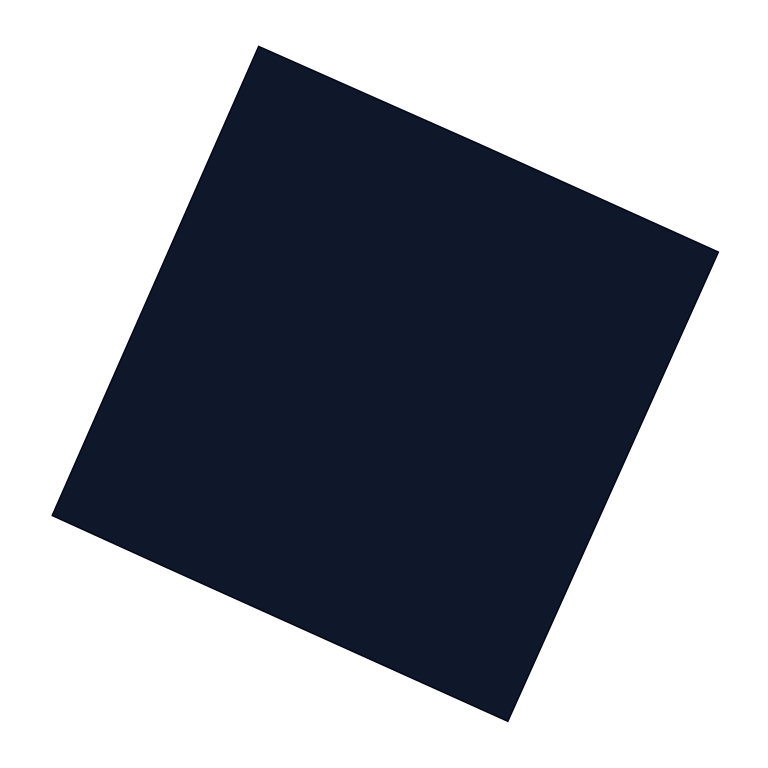 Osceola, Michigan, United States of America, rotated 24°
{"feature_id": "52423323B21410531256975", "entity_name": "Osceola", "entity_type": "district", "adm_level": 2, "iso_a3": "USA", "parent_name": "United States of America", "parent_adm1": "Michigan", "projection": "mercator", "projection_center": [-85.386, 43.989], "detail": "fine", "context": "isolated", "style": "filled", "palette": "ink", "viewbox_px": 768, "rotation_deg": 24, "n_neighbors": 0, "source": "geoboundaries", "source_scale": "gbopen_adm2", "svg_char_len": 266}
<svg xmlns="http://www.w3.org/2000/svg" viewBox="0 0 768 768"><g transform="rotate(24 384 384)"><path d="M132.2,126.6L134.4,639.1L260.3,640.1L634.3,641.8L635.8,127.5L374.7,126.2L259.0,126.4L132.2,126.6Z" fill="#0f172a" stroke="#020617" stroke-width="1.5"/></g></svg>